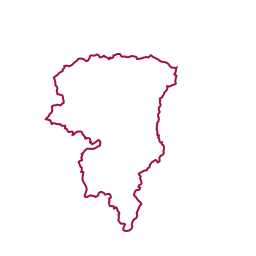 Con Cuong, Nghệ An, Vietnam, rotated 147°
{"feature_id": "81297802B27308287932068", "entity_name": "Con Cuong", "entity_type": "district", "adm_level": 2, "iso_a3": "VNM", "parent_name": "Vietnam", "parent_adm1": "Nghệ An", "projection": "albers", "projection_center": [104.863, 19.063], "detail": "fine", "context": "isolated", "style": "outline", "palette": "rose", "viewbox_px": 256, "rotation_deg": 147, "n_neighbors": 0, "source": "geoboundaries", "source_scale": "gbopen_adm2", "svg_char_len": 5856}
<svg xmlns="http://www.w3.org/2000/svg" viewBox="0 0 256 256"><g transform="rotate(147 128 128)"><path d="M196.6,98.4L201.1,95.0L201.3,94.7L201.4,94.1L201.3,93.5L200.7,92.7L200.0,92.4L198.6,92.5L197.6,92.0L196.5,92.0L195.8,91.8L195.6,91.5L195.1,90.6L193.4,89.5L193.1,88.1L192.8,87.9L190.6,87.6L189.4,88.0L188.4,89.1L186.0,89.4L185.0,88.8L184.3,87.8L183.7,86.8L183.5,84.7L180.0,83.3L179.8,83.0L179.7,82.3L179.4,81.8L179.3,81.5L179.7,80.6L180.0,79.4L180.7,78.9L182.0,79.2L182.3,79.1L183.1,77.6L183.2,76.6L184.3,76.2L184.6,76.0L185.6,73.5L185.6,73.0L185.5,72.2L183.1,70.5L182.6,69.9L182.6,69.6L183.4,68.8L183.6,68.1L182.3,67.9L181.4,67.9L181.0,67.8L181.0,67.7L181.2,65.8L181.8,64.4L181.5,62.4L181.6,61.5L182.3,60.5L182.7,60.4L183.0,60.6L184.3,58.1L185.1,57.0L186.1,56.3L186.4,55.5L186.2,52.2L185.7,51.4L185.2,51.0L183.7,50.1L183.1,49.2L183.0,48.9L184.1,48.0L186.1,46.8L187.3,45.5L187.4,44.9L187.3,44.5L186.9,43.8L185.4,42.5L184.2,41.8L182.2,41.3L181.5,41.4L179.9,41.7L179.2,42.1L178.1,42.9L177.5,43.9L177.5,44.9L177.3,45.2L175.9,46.2L174.6,47.4L173.7,47.9L170.7,48.0L169.8,48.2L169.0,48.6L167.3,50.5L167.3,51.5L166.9,52.1L160.3,56.4L158.4,56.8L158.2,57.0L158.1,58.6L158.4,60.2L158.9,61.2L159.0,64.0L159.0,65.8L159.5,67.8L159.3,68.7L158.7,69.3L156.7,70.9L154.8,71.4L152.0,70.0L150.3,71.3L150.8,72.2L151.4,72.8L151.2,73.0L150.0,73.8L147.5,73.8L146.8,74.3L146.5,74.8L145.8,76.6L145.2,79.5L143.8,80.4L144.1,83.2L144.0,83.5L143.8,83.8L143.2,83.9L142.3,83.9L141.8,83.9L140.8,83.5L139.6,83.7L137.6,83.4L137.2,83.3L135.4,82.3L135.2,82.3L134.3,83.1L133.4,83.5L132.6,83.5L131.8,83.3L131.4,83.4L130.4,84.1L130.4,84.6L129.8,85.1L127.6,86.0L125.9,86.4L125.0,86.2L123.2,86.3L122.1,86.0L121.9,85.5L121.8,85.0L121.9,83.0L120.1,82.8L119.7,82.9L119.3,83.4L117.9,85.8L117.5,86.2L117.0,86.5L115.8,86.8L113.8,86.6L112.7,86.9L111.6,87.5L110.9,89.4L109.6,90.4L109.1,91.1L108.5,92.0L107.8,93.7L107.8,94.5L108.3,95.4L108.4,96.1L108.2,96.8L107.3,97.5L108.1,97.9L108.7,98.6L108.8,99.0L108.7,99.8L107.5,102.8L107.8,103.3L107.8,103.7L107.5,104.0L106.5,104.4L106.2,104.7L106.1,105.2L106.2,105.5L107.2,106.2L107.1,106.5L105.9,108.0L105.2,109.3L104.8,110.4L104.8,111.4L103.8,112.0L102.8,114.1L101.9,114.4L101.7,114.7L101.4,115.7L100.9,116.3L99.1,116.9L97.1,118.9L96.5,120.1L96.3,121.6L95.4,122.9L94.7,123.4L93.0,123.9L92.5,124.6L92.4,126.0L91.3,128.0L90.9,128.4L89.5,128.6L89.0,128.8L88.0,129.7L87.5,132.0L85.9,133.8L85.3,135.4L84.4,135.4L83.2,135.1L82.7,135.3L79.7,136.7L78.0,138.0L75.5,138.4L73.9,139.4L72.9,140.3L72.7,140.6L72.6,141.7L72.5,141.8L70.4,140.2L69.7,139.9L67.5,139.9L65.3,139.2L63.8,139.2L63.5,139.5L63.0,141.2L62.8,141.6L60.2,144.3L59.0,145.3L58.9,145.8L59.7,147.2L59.9,147.8L57.2,149.3L56.6,150.2L54.6,152.1L54.8,152.1L57.4,153.9L58.2,154.7L58.9,155.7L59.2,157.8L59.3,159.6L59.4,160.2L59.9,161.2L60.3,162.0L61.2,163.1L63.7,165.3L64.3,166.2L65.7,169.6L66.6,171.1L67.2,172.5L68.2,173.6L68.6,174.3L68.8,175.8L69.1,176.5L69.8,176.5L72.1,176.1L72.5,176.2L73.0,176.5L74.2,177.8L75.6,178.1L77.9,179.0L79.4,179.2L82.6,180.8L82.9,181.0L82.9,181.4L82.4,182.9L82.4,183.3L82.7,183.7L83.7,184.5L85.5,186.3L86.2,186.6L86.9,186.6L88.2,186.9L89.9,187.6L90.5,188.1L91.9,189.9L94.0,190.9L94.3,191.1L94.5,191.7L94.4,194.0L94.7,194.6L96.7,195.9L98.8,196.2L100.6,196.7L101.9,195.4L102.3,195.3L103.7,195.5L104.0,195.7L104.4,196.8L104.6,196.9L104.9,196.8L105.4,196.1L105.7,196.0L106.5,196.1L107.0,198.2L108.3,199.9L108.8,201.7L109.0,201.8L110.1,201.6L112.4,202.2L113.1,202.6L113.1,203.7L113.0,204.4L113.1,205.3L113.7,206.4L113.9,206.5L116.3,206.8L117.4,207.4L119.3,208.9L120.0,209.1L120.5,209.1L121.1,208.7L122.1,207.7L123.2,207.1L124.3,206.6L126.2,206.5L126.5,206.7L127.5,209.3L128.1,210.4L129.4,211.7L131.0,212.7L132.4,213.1L133.8,212.3L136.6,212.2L140.5,211.5L142.8,211.5L143.8,211.9L144.8,213.0L145.8,213.9L146.8,214.4L147.6,214.7L147.9,213.7L148.5,213.2L150.8,212.7L151.9,211.3L153.7,211.6L156.8,211.5L158.5,210.8L161.1,211.0L162.8,210.6L163.1,208.6L163.4,207.7L163.8,206.5L165.6,203.2L165.6,202.7L165.2,202.3L165.1,201.7L165.1,201.0L165.5,200.0L165.7,199.6L167.3,198.3L167.6,197.8L168.7,194.8L166.0,192.1L165.5,191.3L165.4,190.8L165.5,190.0L166.3,188.5L167.4,185.4L167.9,184.6L168.2,184.2L168.7,184.1L169.9,184.4L170.8,183.9L171.6,183.8L172.2,183.8L174.7,186.1L176.3,186.4L177.4,187.2L177.8,187.3L179.1,187.6L179.8,187.5L180.5,187.0L181.0,185.6L181.4,184.9L181.9,184.0L182.7,183.3L183.9,182.6L185.8,182.5L188.3,181.0L190.8,180.6L192.1,180.1L191.5,179.3L190.2,178.3L189.9,177.5L189.3,177.3L189.1,176.4L189.5,174.0L189.8,173.4L189.8,172.9L189.3,172.7L188.4,172.8L187.4,172.3L186.3,171.1L185.5,169.9L184.4,169.4L183.8,168.7L182.8,168.1L182.6,167.6L182.6,167.0L182.3,165.9L181.9,165.5L179.6,164.3L179.5,164.1L179.5,163.7L179.7,163.4L181.1,162.1L180.0,160.5L179.9,160.1L179.9,159.4L180.4,158.5L180.2,157.5L179.9,156.9L179.4,156.6L177.0,155.7L176.8,155.4L176.6,154.7L176.7,154.0L176.8,153.8L178.3,152.5L177.8,152.1L172.7,152.7L171.3,151.8L170.2,151.3L169.3,150.5L169.0,150.1L168.9,148.9L169.6,147.1L169.1,146.4L169.1,145.0L168.8,143.8L169.6,142.7L169.6,142.4L169.2,142.0L167.7,141.8L166.9,141.2L166.1,140.3L165.8,139.3L166.7,137.7L166.6,136.9L167.5,136.9L167.7,136.7L167.6,136.2L167.0,134.9L166.9,133.9L164.0,133.7L159.9,134.0L159.3,133.9L159.0,133.7L158.8,133.4L158.8,131.1L160.0,129.9L160.6,129.2L160.8,128.7L161.5,128.8L162.4,128.6L163.6,128.9L166.1,128.9L168.8,129.5L169.6,130.1L170.4,130.8L171.7,131.5L172.4,132.2L173.4,132.8L174.5,132.9L175.4,132.8L176.7,132.5L178.5,131.8L181.0,131.3L180.6,130.6L181.2,130.0L181.5,129.6L182.0,129.5L183.4,128.5L183.6,126.9L183.8,126.5L184.3,125.9L184.6,125.9L185.8,126.6L188.0,126.3L188.6,122.7L189.0,121.4L188.4,120.0L188.5,119.5L190.0,117.7L190.1,117.3L191.1,116.7L189.5,115.6L189.4,115.4L192.8,111.6L194.0,110.1L194.2,109.6L194.7,107.8L194.8,105.3L195.0,103.4L195.0,101.9L195.5,100.1L196.6,98.4Z" fill="none" stroke="#9f1239" stroke-width="2"/></g></svg>